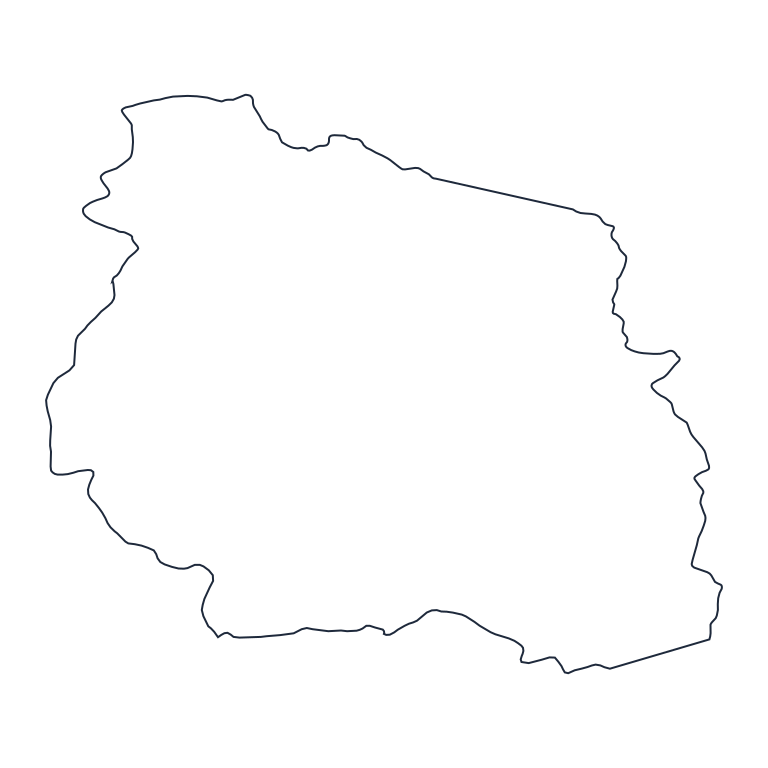 La Venta, Francisco Morazán, Honduras
{"feature_id": "27666195B10946257085941", "entity_name": "La Venta", "entity_type": "district", "adm_level": 2, "iso_a3": "HND", "parent_name": "Honduras", "parent_adm1": "Francisco Morazán", "projection": "mercator", "projection_center": [-87.317, 13.734], "detail": "fine", "context": "isolated", "style": "outline", "palette": "slate", "viewbox_px": 768, "rotation_deg": 0, "n_neighbors": 0, "source": "geoboundaries", "source_scale": "gbopen_adm2", "svg_char_len": 6059}
<svg xmlns="http://www.w3.org/2000/svg" viewBox="0 0 768 768"><path d="M218.0,637.2L221.3,634.9L224.4,633.2L227.5,632.8L230.7,634.6L233.5,636.9L239.5,637.6L261.0,636.9L266.7,636.2L280.2,635.1L293.7,633.3L301.7,629.2L306.8,628.0L312.6,629.2L328.3,631.2L341.0,630.5L347.1,631.2L356.6,630.7L359.8,629.8L362.6,628.5L366.3,625.8L369.8,625.8L375.0,627.5L382.8,629.6L384.0,631.2L384.2,633.0L383.9,633.9L386.2,634.9L389.8,634.7L394.2,632.4L397.8,629.7L404.6,625.8L409.0,623.7L413.2,622.4L417.0,620.7L426.8,612.5L431.8,610.4L436.8,610.1L441.3,611.5L446.6,611.7L452.9,612.6L461.8,614.6L465.9,616.4L474.5,621.9L479.6,625.7L490.6,632.2L495.4,634.3L508.8,638.4L514.4,640.8L518.1,643.2L521.4,645.7L523.0,647.8L523.4,650.9L522.6,653.9L521.8,655.8L520.7,659.4L521.5,662.0L528.7,663.1L541.8,659.7L549.5,657.4L554.9,657.6L558.4,661.8L561.5,666.1L563.0,669.3L564.8,672.4L568.2,673.2L574.7,670.3L581.8,668.6L587.6,667.0L591.8,665.5L595.6,664.6L600.3,665.4L604.4,667.2L609.9,668.7L709.4,639.4L710.2,636.4L710.6,633.2L710.5,624.7L711.1,623.4L712.1,622.1L715.7,618.2L716.8,615.6L717.9,610.0L717.8,604.1L718.2,598.2L719.6,592.8L721.7,588.8L721.9,587.4L721.8,586.2L721.4,585.3L720.7,584.7L717.9,583.5L715.0,581.9L711.3,575.4L709.7,573.6L707.3,572.2L694.2,567.6L692.3,566.0L691.9,565.0L691.7,564.0L692.6,559.9L696.8,545.2L698.3,538.4L699.1,536.4L701.7,531.0L703.7,525.7L705.2,520.9L705.5,518.0L705.2,515.8L703.5,511.8L700.4,503.1L700.6,501.0L701.0,498.9L701.9,495.7L703.3,492.9L703.3,491.3L702.2,489.1L699.2,485.6L695.6,480.6L694.5,478.9L694.4,478.0L694.8,477.1L695.5,476.3L698.4,474.2L702.1,472.1L705.8,470.8L708.2,469.5L708.8,468.8L709.1,467.9L709.0,465.8L706.8,459.4L705.5,453.5L704.5,450.9L702.1,447.3L693.4,437.1L691.5,434.5L690.1,431.7L687.7,424.8L686.7,422.6L677.9,416.9L675.0,414.4L674.3,413.2L673.6,411.6L671.8,404.3L671.3,403.2L670.3,402.1L666.0,398.4L664.3,397.4L660.7,395.6L656.9,392.9L653.4,389.5L652.3,388.1L651.7,386.9L651.5,385.8L651.8,384.6L652.1,383.9L653.0,383.1L657.5,380.3L663.4,377.5L665.1,376.2L667.5,373.9L674.5,365.4L679.1,360.7L679.7,359.2L679.6,358.5L679.2,357.6L678.7,357.1L677.3,356.3L675.8,353.9L674.3,352.2L673.1,351.4L671.9,350.9L670.8,350.8L669.6,350.9L667.4,351.6L663.4,353.2L660.0,353.8L653.8,353.9L643.3,353.2L638.7,352.5L634.7,351.4L631.2,350.1L627.4,348.0L626.3,347.0L625.7,346.0L625.5,345.0L625.6,344.1L626.0,343.3L627.1,341.9L627.4,340.7L627.4,339.3L626.9,337.1L623.1,332.7L622.6,331.8L622.6,329.2L623.7,323.4L623.7,321.7L622.4,319.5L619.9,317.0L615.9,314.2L613.7,313.7L612.9,313.0L612.7,311.8L614.3,304.6L614.2,304.1L613.1,302.4L612.5,299.6L616.1,291.5L617.2,288.5L617.4,285.8L617.2,281.1L617.3,279.0L617.5,278.7L618.3,278.3L618.8,277.8L620.4,275.7L624.4,266.9L625.9,261.4L626.2,258.8L626.2,257.1L625.7,255.8L621.1,251.1L619.8,249.3L619.1,248.0L618.5,245.5L617.3,243.5L615.3,241.1L612.9,239.1L612.0,237.7L611.5,235.8L611.5,233.8L611.9,232.2L613.1,230.3L613.8,228.6L613.9,227.5L613.4,226.6L612.7,226.2L607.7,225.0L605.3,224.1L602.6,221.5L600.7,218.5L599.4,217.0L597.4,215.6L595.0,214.6L591.2,213.9L585.4,213.5L580.5,213.0L576.2,211.5L572.9,209.4L436.0,178.7L433.9,178.4L432.9,178.0L431.9,177.4L428.9,174.3L423.5,171.4L420.1,168.9L418.2,168.1L415.1,167.9L405.1,169.4L402.6,169.3L401.4,168.7L399.0,167.0L390.1,160.0L387.5,158.3L382.2,155.5L375.8,152.6L370.9,149.8L366.5,147.8L363.7,145.2L362.4,142.8L361.5,141.6L359.3,139.8L356.9,139.0L353.3,139.1L350.2,138.3L347.5,137.4L345.3,136.0L344.5,135.7L334.5,135.2L332.3,135.4L330.9,135.8L329.9,136.5L329.3,137.4L329.0,138.8L329.0,140.8L328.8,142.2L328.2,143.7L327.2,144.8L326.3,145.3L324.5,145.7L322.6,145.9L320.0,145.9L317.7,146.4L315.0,147.6L311.9,149.7L309.7,150.6L308.0,150.5L306.4,148.7L303.9,147.9L301.6,147.8L298.3,148.3L296.9,148.3L293.6,147.9L291.3,147.2L287.9,145.7L282.0,142.3L280.2,138.8L278.8,134.9L277.9,133.6L276.7,132.5L275.0,131.4L271.8,130.0L268.5,129.3L267.6,128.4L262.5,121.7L261.0,118.9L259.8,116.3L254.0,107.0L253.4,105.3L253.0,103.3L252.9,99.8L252.1,97.7L250.4,95.8L248.4,95.2L246.0,94.8L245.1,94.9L233.1,99.8L229.3,99.7L227.1,99.8L225.0,100.2L222.5,101.2L221.4,101.4L216.9,100.4L207.3,97.6L197.0,96.3L187.7,95.9L173.0,96.6L165.4,98.1L159.9,99.6L153.8,100.4L140.1,103.5L135.4,104.9L132.7,105.9L125.7,107.4L123.5,108.5L122.4,109.4L121.9,110.1L121.8,110.6L122.4,112.2L124.0,114.6L131.1,123.6L131.8,125.2L131.8,129.3L132.8,137.1L133.0,142.2L132.5,149.2L131.9,153.2L131.1,156.0L130.1,157.8L128.2,159.6L122.6,164.0L116.5,168.4L105.5,172.3L103.5,173.6L101.8,175.1L101.0,176.2L100.8,176.9L100.8,177.9L101.0,178.9L101.8,180.5L103.6,183.4L107.6,188.5L108.5,190.1L109.1,191.3L109.3,192.4L109.2,193.5L108.8,194.6L107.6,196.1L105.0,197.5L102.5,198.4L97.1,200.0L92.8,201.7L89.9,203.1L86.1,205.8L83.8,207.8L83.1,209.0L83.0,211.1L83.3,212.6L83.8,213.8L85.7,216.2L89.8,219.4L94.8,222.2L108.1,227.5L114.4,229.3L118.9,231.5L120.5,231.9L123.4,232.1L124.9,232.5L128.6,234.2L131.1,235.6L132.1,236.7L132.2,239.0L133.4,241.5L137.4,246.3L138.0,247.5L138.2,248.5L137.6,249.6L135.1,252.2L128.9,257.5L127.7,258.8L122.4,266.4L120.5,270.5L118.8,273.2L116.8,275.5L114.0,277.3L113.1,278.6L112.4,281.1L112.6,280.9L113.4,284.0L114.5,295.1L113.9,298.7L111.8,302.4L108.5,305.6L101.2,311.5L95.4,317.9L90.9,321.9L87.4,325.5L85.0,328.8L78.0,335.7L76.2,339.5L75.5,343.6L74.1,365.1L69.4,370.4L57.9,377.8L53.4,383.1L47.9,394.7L46.1,400.2L46.6,405.6L47.7,411.2L50.2,420.1L51.1,426.6L50.2,440.4L50.1,445.8L51.0,451.7L50.6,466.5L51.1,470.6L52.6,472.4L54.8,473.9L57.6,474.6L62.7,474.6L67.8,474.1L73.5,472.7L78.1,471.2L87.8,470.0L90.9,470.2L93.3,472.0L93.4,475.6L91.3,479.8L89.3,484.7L88.0,489.5L88.3,494.1L89.9,497.6L91.9,500.1L95.0,503.1L99.0,508.1L102.2,512.6L105.4,518.2L107.6,523.1L110.5,527.3L114.6,531.3L117.2,533.3L125.4,541.6L128.3,543.4L134.8,544.2L141.5,545.6L147.9,547.8L153.8,550.4L156.2,554.1L157.6,558.3L160.3,562.0L164.6,564.4L172.0,566.9L178.5,568.5L183.9,568.7L187.5,568.1L194.7,564.9L199.9,564.9L203.5,566.4L208.8,570.3L212.8,575.2L213.1,580.9L209.7,587.4L204.4,598.9L202.7,604.9L201.8,610.0L203.4,616.2L208.3,626.3L210.9,628.3L214.2,631.8L218.0,637.2Z" fill="none" stroke="#1e293b" stroke-width="2"/></svg>